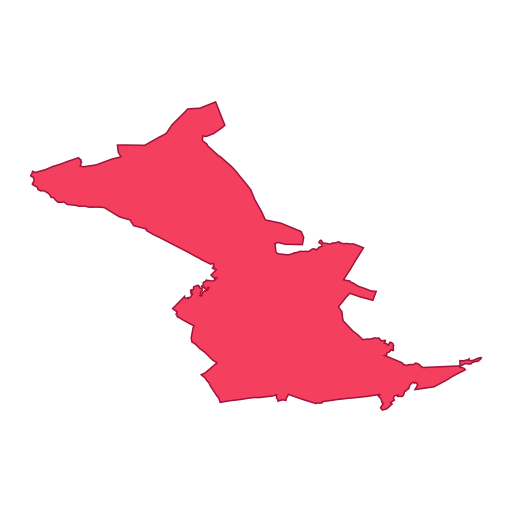 the district of Stoļerovas pag., Rezeknes, Latvia
{"feature_id": "27541924B84772624476590", "entity_name": "Stoļerovas pag.", "entity_type": "district", "adm_level": 2, "iso_a3": "LVA", "parent_name": "Latvia", "parent_adm1": "Rezeknes", "projection": "equal_earth", "projection_center": [27.572, 56.418], "detail": "fine", "context": "isolated", "style": "filled", "palette": "rose", "viewbox_px": 512, "rotation_deg": 0, "n_neighbors": 0, "source": "geoboundaries", "source_scale": "gbopen_adm2", "svg_char_len": 6042}
<svg xmlns="http://www.w3.org/2000/svg" viewBox="0 0 512 512"><path d="M215.6,101.9L199.8,108.2L191.8,108.6L191.4,108.6L191.3,108.8L187.7,109.0L184.0,112.9L172.2,124.6L172.3,124.7L170.9,126.4L166.5,133.1L163.1,135.2L159.4,137.0L144.7,145.3L123.8,145.0L117.4,145.1L118.3,152.2L121.0,156.8L112.1,159.0L96.4,164.8L93.6,165.3L83.0,166.8L80.2,165.9L81.6,162.1L80.6,161.4L81.0,160.1L80.8,160.1L78.5,157.7L65.9,162.0L61.3,163.9L52.7,166.5L45.8,169.5L36.0,172.3L35.9,172.5L34.4,172.2L33.6,171.5L32.5,171.3L32.4,172.7L30.9,175.0L30.7,175.8L31.0,176.2L33.1,177.2L33.7,178.3L34.1,180.0L33.7,181.7L32.6,183.2L32.3,184.2L33.0,184.9L35.9,186.4L37.2,187.3L37.6,187.8L37.9,189.3L38.1,189.7L41.1,191.0L43.7,190.6L48.0,193.1L49.6,194.5L50.9,197.1L51.8,197.6L53.5,197.6L53.8,197.8L55.4,199.9L57.9,202.2L62.1,202.3L63.6,201.9L64.5,202.3L66.6,204.0L67.6,204.5L76.0,205.4L78.9,206.3L84.3,206.0L89.0,207.2L98.6,207.1L104.3,207.6L119.3,216.8L127.2,219.2L128.1,219.2L129.6,219.8L130.4,220.3L130.9,221.0L131.2,222.1L131.8,222.7L133.7,225.7L146.4,229.0L146.2,229.3L146.4,230.5L154.2,235.0L158.6,237.0L189.6,253.0L195.4,256.3L199.5,258.3L201.0,259.4L210.7,264.2L211.1,263.8L212.2,263.8L213.0,263.4L213.4,263.4L213.7,263.7L213.7,264.4L213.3,265.9L213.7,265.9L214.1,267.0L213.5,267.0L213.4,267.2L213.5,267.4L213.2,267.7L213.1,268.0L212.4,268.2L212.5,268.4L216.3,269.6L211.0,275.1L213.6,277.6L216.4,278.0L214.9,278.7L214.7,279.4L215.4,279.6L214.9,280.1L214.0,280.3L212.6,281.0L211.3,281.0L209.1,280.4L207.3,280.7L207.0,280.6L206.7,280.0L206.3,280.0L205.8,280.6L205.5,281.4L203.6,282.2L203.1,283.1L203.5,284.5L203.4,284.9L202.5,285.3L201.6,286.2L201.4,286.7L203.3,287.6L204.7,287.2L204.7,288.3L206.2,289.5L207.6,289.2L207.8,288.4L207.7,287.5L209.1,287.4L209.8,287.7L208.2,287.8L208.0,288.1L208.0,289.5L207.2,290.2L205.9,290.9L204.7,290.7L204.5,291.3L202.7,292.5L202.2,293.2L201.9,295.6L201.2,295.9L200.0,295.9L199.8,295.7L200.5,295.0L200.4,293.0L200.7,292.3L202.3,290.3L202.5,289.8L202.4,289.1L201.8,288.6L200.8,288.5L200.3,288.3L198.8,286.5L199.1,286.2L198.4,285.5L197.3,285.3L196.2,285.9L194.4,286.4L193.8,286.8L193.4,287.7L193.7,288.7L193.2,289.3L192.4,289.8L191.1,289.7L191.0,290.3L190.6,290.6L190.5,291.2L190.8,291.5L191.7,291.7L191.7,292.0L191.0,292.5L190.8,293.1L191.3,293.7L192.2,293.8L192.6,294.2L192.6,294.4L191.5,295.1L190.8,296.8L190.4,297.3L187.8,297.7L187.7,297.9L188.4,298.3L188.2,298.7L187.1,298.1L186.0,298.3L184.9,298.0L184.7,297.8L184.6,296.4L172.6,308.6L177.2,312.0L176.0,314.3L177.0,315.2L177.2,316.6L178.0,317.4L179.4,317.6L181.6,319.2L190.3,324.0L192.5,325.1L194.1,325.7L193.4,326.8L193.1,327.7L191.3,337.4L191.3,338.6L191.9,341.7L191.9,342.1L193.7,343.0L195.7,344.5L195.8,344.4L199.9,348.7L205.2,352.6L212.5,360.0L217.0,362.8L205.1,372.9L201.2,374.7L205.4,378.2L207.2,381.1L208.8,382.6L210.2,385.7L217.2,396.3L218.6,397.7L220.2,402.4L229.3,400.8L240.7,399.5L248.4,398.2L255.5,397.4L258.0,397.7L272.6,396.0L276.5,394.8L276.5,398.0L277.9,399.7L277.9,401.1L282.8,399.8L285.9,400.5L286.2,398.3L287.5,396.4L288.4,394.4L302.2,399.3L316.2,403.6L317.1,402.9L319.9,403.2L321.7,402.9L322.4,402.4L322.6,401.6L332.4,400.3L335.2,399.8L348.2,398.3L352.4,398.0L366.2,396.5L380.6,394.4L378.1,395.6L381.0,399.0L382.1,402.8L383.5,403.6L381.4,406.2L380.5,407.8L381.8,409.5L382.6,410.1L387.0,408.7L392.1,404.0L390.5,402.6L394.4,400.1L393.3,397.8L394.7,395.8L395.6,395.5L397.9,395.1L397.6,396.4L402.0,396.5L403.3,395.5L404.2,393.3L404.5,391.1L406.4,390.8L407.2,389.3L408.6,388.9L409.4,386.9L409.8,385.0L413.0,382.2L414.7,383.3L415.4,382.4L416.5,382.9L417.6,384.9L415.0,389.6L434.1,386.8L447.3,379.7L452.3,376.5L455.8,374.6L465.3,369.8L464.6,368.9L464.0,368.3L461.8,367.6L460.7,367.4L459.9,367.0L459.9,366.8L460.8,365.9L465.2,363.6L466.2,363.6L467.2,363.9L469.5,364.1L471.5,363.6L471.7,362.9L472.4,362.3L473.5,362.2L475.4,361.5L477.2,361.4L478.0,361.2L478.7,360.7L480.8,358.9L480.9,358.3L481.3,357.7L481.0,357.5L478.0,358.2L474.1,360.0L472.6,360.4L470.3,360.6L469.6,360.3L468.5,360.4L469.0,359.0L467.9,359.6L463.6,360.8L459.9,360.6L460.0,365.9L423.0,367.5L422.2,366.9L421.5,366.7L418.9,364.2L416.0,363.1L414.9,363.3L414.4,363.9L414.3,364.3L413.5,364.6L410.1,364.5L406.2,365.3L404.6,364.8L404.1,364.9L403.7,364.6L403.6,364.2L402.8,364.0L402.5,363.7L402.5,363.2L401.3,362.4L384.7,355.5L385.9,355.3L386.5,354.9L387.0,354.1L386.8,353.2L387.1,352.8L389.3,351.9L390.6,350.7L390.7,349.9L391.0,349.6L391.4,349.6L392.8,350.6L393.3,350.5L393.5,350.2L393.2,347.8L393.3,346.9L393.7,345.6L392.7,343.4L392.1,343.0L390.2,342.1L388.7,344.2L388.6,345.2L388.2,345.3L387.2,344.3L385.9,343.4L384.3,343.4L384.2,343.2L384.5,342.5L385.4,341.0L385.5,340.6L385.4,340.4L384.4,340.3L383.5,340.6L381.2,340.7L378.8,337.9L377.8,338.3L374.5,337.9L370.2,339.1L367.5,339.0L364.0,339.5L362.6,339.5L358.0,335.0L352.8,331.0L343.2,320.8L342.5,317.3L342.0,311.9L338.4,306.9L346.2,297.2L349.8,293.3L359.8,296.8L372.9,300.3L376.2,291.3L373.3,291.2L370.3,290.7L364.3,288.3L358.9,286.5L355.9,284.9L353.0,282.9L350.8,282.3L350.1,281.1L343.6,279.8L344.9,277.6L350.1,269.7L355.6,260.4L363.5,247.8L353.2,243.8L351.5,244.0L349.1,243.9L347.6,243.5L343.5,243.6L342.0,243.4L341.1,242.9L339.7,242.9L339.5,242.2L338.9,241.8L338.1,241.9L335.6,242.8L333.3,242.9L331.2,243.5L330.4,244.2L329.7,244.2L327.8,243.6L323.7,243.1L323.1,242.9L322.6,242.6L321.4,240.5L320.6,240.2L319.8,240.8L319.2,241.9L319.0,242.7L319.4,243.0L320.9,243.7L321.6,244.4L322.2,245.9L321.7,246.4L319.0,247.3L316.6,249.9L315.3,249.2L313.2,248.8L312.0,249.2L308.8,251.4L307.9,251.6L306.6,251.2L304.0,251.5L299.9,251.3L298.8,252.0L297.5,252.1L296.0,252.8L295.2,252.7L294.4,253.0L293.7,252.9L293.2,253.5L288.3,254.9L277.5,253.7L275.9,251.8L275.0,243.5L278.5,242.4L279.4,242.9L285.5,244.3L302.4,244.6L303.7,237.3L301.1,231.5L281.0,223.2L265.3,219.9L261.4,211.3L254.9,199.8L250.7,189.7L245.4,182.9L240.1,176.6L236.3,171.7L231.7,166.7L220.7,157.0L219.8,156.3L219.3,156.4L207.7,145.9L207.0,144.2L202.7,140.9L202.4,140.3L202.8,136.0L206.1,136.5L213.6,133.6L222.6,127.3L222.5,127.1L224.9,125.4L215.6,101.9Z" fill="#f43f5e" stroke="#9f1239" stroke-width="1.5"/></svg>